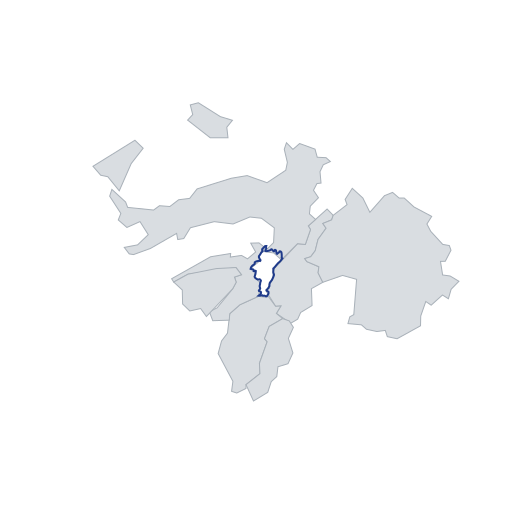 Slovenia highlighted, Equal Earth projection, rotated 122°
{"feature_id": "SVN", "entity_name": "Slovenia", "entity_type": "country or territory", "adm_level": 0, "iso_a3": "SVN", "parent_name": "Europe", "parent_adm1": "", "projection": "equal_earth", "projection_center": [14.844, 46.146], "detail": "fine", "context": "with_neighbors", "style": "outline", "palette": "blue", "viewbox_px": 512, "rotation_deg": 122, "n_neighbors": 7, "source": "natural_earth", "source_scale": "50m", "svg_char_len": 5110}
<svg xmlns="http://www.w3.org/2000/svg" viewBox="0 0 512 512"><g transform="rotate(122 256 256)"><path d="M294.6,190.9L293.9,208.3L285.2,208.4L288.3,212.7L280.3,229.0L266.6,229.5L258.7,234.1L223.5,227.3L220.1,220.3L204.7,223.8L202.8,227.6L178.5,220.6L180.6,212.1L185.3,211.0L193.0,216.6L195.3,211.3L209.0,212.2L220.1,208.6L227.6,209.2L232.4,213.3L233.8,209.9L231.8,197.0L237.4,194.4L242.9,185.4L254.3,191.7L268.3,182.2L280.2,188.2L287.5,187.2L294.6,190.9Z" fill="#d9dde1" stroke="#a8b0b8" stroke-width="1"/><path d="M373.6,194.3L382.4,199.7L383.7,205.0L374.5,209.2L358.8,236.4L346.3,240.2L336.5,239.3L318.8,247.7L305.8,243.8L288.9,232.6L285.8,225.8L283.2,225.6L288.3,212.7L285.2,208.4L293.9,208.3L295.0,200.2L308.7,207.5L321.6,205.0L322.8,201.1L345.2,196.2L353.7,190.3L370.4,196.3L373.6,194.3Z" fill="#d9dde1" stroke="#a8b0b8" stroke-width="1"/><path d="M251.4,92.5L254.8,101.9L250.6,106.9L256.0,113.5L259.6,123.5L258.5,130.1L264.6,142.2L257.9,144.2L253.9,142.0L222.5,158.3L226.6,172.3L242.9,185.4L237.4,194.4L231.8,197.0L233.8,209.9L232.4,213.3L227.6,209.2L220.1,208.6L209.0,212.2L195.3,211.3L193.0,216.6L185.3,211.0L180.6,212.1L164.2,206.0L160.8,210.4L147.6,210.2L150.2,196.1L158.6,182.6L136.7,179.0L129.7,173.9L131.0,165.4L128.3,161.0L130.7,148.0L129.3,128.0L138.3,128.0L142.5,120.9L147.2,103.8L144.7,97.6L147.8,93.7L160.2,92.7L162.8,96.7L173.2,87.7L170.1,80.8L169.9,70.5L180.8,72.9L190.3,70.2L190.3,77.2L204.9,81.4L204.6,87.9L219.6,84.5L228.0,79.5L251.4,92.5Z" fill="#d9dde1" stroke="#a8b0b8" stroke-width="1"/><path d="M288.9,232.6L305.8,243.8L318.8,247.7L324.6,244.7L333.8,258.4L327.9,266.1L320.6,261.5L296.1,258.4L288.7,258.9L285.3,263.1L279.6,258.4L276.4,266.9L307.4,304.0L321.7,312.0L320.0,315.5L280.7,294.1L267.3,278.8L270.5,277.2L263.2,268.6L262.9,261.7L252.8,258.4L247.9,267.3L243.3,260.4L244.2,253.0L255.2,253.7L258.1,250.2L269.6,254.0L269.6,248.3L275.0,246.2L276.5,238.0L288.9,232.6Z" fill="#d9dde1" stroke="#a8b0b8" stroke-width="1"/><path d="M193.4,224.8L202.8,227.6L204.7,223.8L220.1,220.3L223.5,227.3L245.8,232.5L244.0,242.5L247.8,251.1L235.3,248.2L222.4,255.4L221.1,271.4L226.2,281.9L241.0,292.4L249.0,309.6L266.8,326.6L279.5,326.5L283.5,331.1L278.9,335.3L305.5,349.5L319.7,360.6L321.4,364.6L318.5,372.3L309.3,362.3L295.0,358.7L288.3,372.6L300.2,380.6L298.4,391.9L291.5,393.2L282.8,411.8L275.9,413.5L279.3,395.2L282.8,390.6L271.3,367.2L264.5,364.5L259.7,355.3L249.3,351.4L242.3,342.8L230.3,341.5L203.2,318.2L192.5,306.1L188.0,285.5L167.5,276.2L160.0,279.0L150.5,288.6L143.8,290.2L146.0,281.2L137.5,278.6L134.1,262.6L139.8,256.4L135.5,248.7L136.5,243.0L143.0,247.3L150.6,246.4L159.7,239.5L162.3,242.7L169.8,242.1L173.5,233.9L185.0,236.4L192.0,233.0L193.4,224.8ZM243.8,410.8L273.2,406.5L267.3,423.7L269.8,430.5L266.3,441.8L222.0,420.0L224.4,408.8L243.8,410.8ZM162.3,349.0L170.6,342.4L180.0,357.5L177.0,386.0L169.6,384.6L162.7,391.8L156.6,386.1L156.7,360.1L153.4,347.9L162.3,349.0Z" fill="#d9dde1" stroke="#a8b0b8" stroke-width="1"/><path d="M380.3,181.3L370.4,196.3L353.7,190.3L345.2,196.2L322.8,201.1L321.6,205.0L308.7,207.5L295.0,200.2L293.4,193.4L296.7,186.5L308.7,184.9L318.7,173.3L330.4,171.8L338.3,178.7L347.2,174.5L354.5,176.5L365.4,173.8L380.3,181.3Z" fill="#d9dde1" stroke="#a8b0b8" stroke-width="1"/><path d="M321.7,312.0L307.4,304.0L287.7,283.0L276.4,266.9L279.6,258.4L285.3,263.1L288.7,258.9L296.1,258.4L333.6,266.0L329.9,275.1L337.7,283.0L335.6,292.8L323.9,300.5L321.7,312.0Z" fill="#d9dde1" stroke="#a8b0b8" stroke-width="1"/><path d="M288.2,232.7L286.8,232.2L285.1,232.0L284.8,232.3L284.1,232.5L283.8,233.0L284.1,234.9L283.7,235.3L281.8,235.1L281.2,235.3L280.1,236.6L279.1,237.2L277.7,237.6L276.8,238.1L275.5,238.5L274.4,238.7L274.0,239.3L273.8,240.0L273.8,240.6L274.9,241.8L275.1,243.1L275.0,244.8L274.7,245.6L274.3,246.2L271.6,246.9L268.8,248.2L268.8,248.6L270.0,249.7L270.1,250.0L269.0,250.7L268.9,251.4L269.1,252.1L269.6,252.9L269.8,253.7L268.3,254.2L266.2,254.0L263.8,253.0L262.9,253.1L262.1,253.7L261.2,253.4L260.3,252.8L259.0,251.5L258.3,250.7L258.1,249.9L257.7,249.8L257.1,250.0L256.7,251.0L255.5,252.9L254.6,253.4L253.2,253.3L251.3,253.3L250.1,253.4L248.6,252.8L248.3,252.9L248.3,253.3L247.7,254.0L246.8,254.4L242.7,253.5L242.1,252.6L243.0,252.3L244.3,251.2L245.2,251.3L246.3,251.1L246.8,250.6L246.1,249.3L244.4,247.7L243.5,247.0L242.2,246.6L242.0,246.2L242.7,243.6L242.5,243.2L241.1,243.3L240.7,243.1L240.6,242.6L240.7,242.0L241.7,241.0L242.8,240.1L243.1,239.6L243.0,239.2L241.7,238.8L240.8,238.4L240.2,238.3L239.7,238.5L239.4,238.3L239.1,237.5L239.4,236.4L240.7,235.3L242.0,234.4L243.1,233.7L243.8,233.4L244.1,232.3L244.8,232.4L246.2,232.5L247.7,232.7L249.1,233.1L250.4,233.5L253.0,233.9L255.4,234.2L256.1,234.4L256.7,234.4L257.4,234.7L257.9,234.5L258.2,234.0L259.5,233.4L260.7,232.7L261.5,231.8L262.0,231.1L262.8,230.6L263.7,230.4L264.5,230.2L267.9,229.8L271.3,230.1L273.0,229.6L274.3,228.7L276.3,228.5L276.4,228.4L279.4,229.1L279.6,228.7L279.8,228.5L279.7,226.6L280.6,225.8L281.5,225.4L284.5,225.5L284.9,226.1L285.0,227.0L285.3,228.2L285.8,228.6L286.1,229.1L286.0,229.9L286.6,230.5L288.0,232.3L288.2,232.7Z" fill="none" stroke="#1e3a8a" stroke-width="2"/></g></svg>